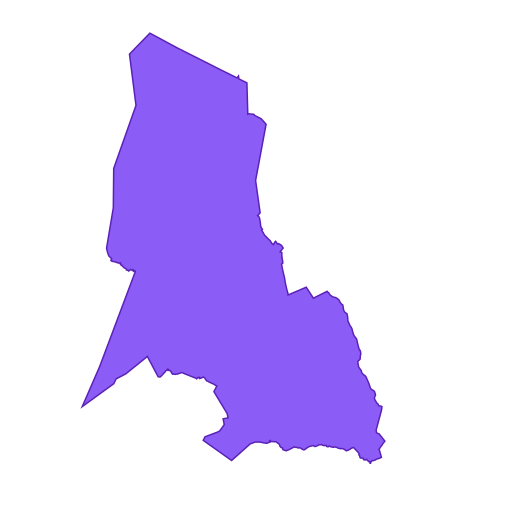 outline of Bergeijk, Noord-Brabant, Netherlands, rotated 98°
{"feature_id": "6326949B35085344325863", "entity_name": "Bergeijk", "entity_type": "district", "adm_level": 2, "iso_a3": "NLD", "parent_name": "Netherlands", "parent_adm1": "Noord-Brabant", "projection": "equal_earth", "projection_center": [5.381, 51.323], "detail": "fine", "context": "isolated", "style": "filled", "palette": "violet", "viewbox_px": 512, "rotation_deg": 98, "n_neighbors": 0, "source": "geoboundaries", "source_scale": "gbopen_adm2", "svg_char_len": 5982}
<svg xmlns="http://www.w3.org/2000/svg" viewBox="0 0 512 512"><g transform="rotate(98 256 256)"><path d="M124.3,264.3L123.5,265.1L119.5,269.8L116.9,277.1L116.1,277.7L116.0,277.8L116.2,283.3L116.3,283.7L116.5,283.9L85.8,289.1L83.0,297.6L80.2,298.4L82.3,299.5L77.0,315.5L60.7,363.5L50.1,392.1L73.7,409.4L123.6,395.8L189.1,409.1L228.2,404.0L269.0,405.1L272.2,403.9L276.2,401.9L276.6,401.5L278.8,398.5L280.5,399.1L281.0,398.6L281.2,398.1L281.1,397.6L281.4,396.9L281.4,396.5L281.3,396.3L281.4,396.0L281.3,395.7L281.3,395.1L281.3,394.6L281.4,394.2L281.6,394.1L281.8,393.0L281.9,392.7L282.0,392.0L282.1,391.4L281.9,391.2L282.0,390.9L281.9,390.7L281.8,389.0L282.0,389.0L282.4,389.2L282.7,389.4L282.8,389.3L282.7,389.1L283.1,388.9L284.1,388.0L284.1,387.9L283.8,387.9L283.8,387.7L284.0,387.7L284.2,387.3L284.9,386.3L285.8,385.4L286.2,384.4L286.5,383.6L287.1,382.4L287.4,382.2L287.8,382.3L287.8,382.2L287.7,382.0L288.1,381.3L288.0,381.0L288.0,380.6L288.5,380.0L288.2,379.9L288.1,379.6L287.9,379.2L287.3,378.8L286.9,378.4L287.1,378.3L286.9,377.9L287.4,376.5L287.2,376.5L287.1,376.4L287.4,376.1L287.3,375.7L287.0,375.7L286.9,375.8L286.8,375.7L287.2,375.3L287.4,375.3L287.3,375.1L287.9,375.0L287.6,374.7L287.9,374.2L287.7,373.8L287.9,373.7L288.1,373.3L387.1,395.4L429.3,407.1L402.3,379.1L396.9,377.3L396.6,376.6L390.8,368.5L370.6,349.6L389.2,336.1L389.2,334.2L388.7,333.6L383.0,329.6L382.5,329.5L380.3,327.7L380.4,327.0L380.6,327.0L381.3,327.1L381.1,326.6L381.6,326.0L381.6,325.9L381.4,325.7L381.8,324.4L382.0,324.1L382.8,323.8L383.7,323.3L383.8,322.9L384.5,322.3L384.6,321.9L384.4,321.7L384.5,319.6L384.4,319.3L384.1,318.9L384.0,318.6L384.0,317.6L383.3,316.4L382.6,314.9L381.8,313.5L381.7,313.2L382.5,310.4L383.4,306.8L383.4,306.3L383.8,305.2L385.5,298.0L385.6,297.8L385.8,297.6L384.4,296.7L384.0,295.0L384.3,294.8L385.0,295.1L385.2,294.9L385.0,294.4L384.7,293.8L384.5,293.3L384.3,293.1L384.2,292.7L383.4,291.8L383.3,291.2L383.3,290.8L383.8,290.0L386.0,288.0L386.7,287.1L386.7,286.8L386.7,286.3L387.3,285.0L387.9,282.9L388.2,282.3L388.5,280.8L389.1,279.4L389.4,278.8L389.8,277.5L390.0,277.3L390.2,276.7L396.2,278.8L416.1,262.6L420.2,261.2L421.8,265.9L427.4,264.0L434.1,267.5L435.5,269.2L442.1,281.3L445.9,282.6L461.9,251.7L442.9,235.6L440.4,231.0L439.7,226.5L439.9,223.5L440.0,219.3L438.2,216.1L437.8,216.5L437.3,216.8L437.0,216.8L436.7,216.4L437.3,216.1L437.6,215.8L437.4,212.6L437.3,211.5L437.2,211.2L437.1,210.8L437.4,209.9L439.3,206.6L439.6,206.4L441.0,205.9L442.0,204.7L442.3,204.0L442.3,203.3L442.5,202.9L442.8,202.8L443.6,202.6L444.0,202.4L444.2,201.8L444.2,201.4L444.6,199.8L444.6,199.3L444.6,198.8L443.3,196.6L441.3,193.7L439.7,191.6L439.7,191.4L440.0,190.7L440.0,190.1L439.8,189.5L439.8,189.3L440.1,188.2L440.2,187.2L440.1,186.8L439.7,186.1L441.2,182.5L441.3,182.0L441.3,181.5L440.9,180.8L439.3,179.1L438.4,178.3L437.5,177.1L436.1,173.9L435.8,173.1L435.8,172.8L436.5,171.3L436.5,171.1L436.2,170.6L436.0,169.9L434.6,167.7L434.1,166.9L433.8,166.1L433.9,165.7L433.8,164.3L434.2,163.5L434.3,162.6L434.2,162.0L434.1,161.1L433.9,160.6L433.8,160.3L434.0,159.9L434.8,159.4L434.9,158.1L434.7,157.7L434.1,157.3L433.9,157.0L433.9,156.8L434.0,156.5L434.4,156.0L434.5,155.7L434.5,154.8L434.7,153.5L434.6,152.7L434.2,151.5L434.1,149.7L434.5,149.0L434.9,147.6L434.9,146.7L435.1,145.3L434.7,144.6L434.8,142.7L435.0,142.3L435.2,141.5L435.6,141.0L435.9,140.4L436.2,139.5L436.3,139.1L434.7,136.6L434.2,135.9L433.5,135.3L432.9,134.4L432.3,133.3L432.1,132.8L432.4,132.3L434.1,130.2L434.8,129.3L435.8,128.0L436.6,127.3L437.0,126.6L437.7,126.3L438.6,126.5L439.2,125.7L440.1,125.3L440.7,125.2L441.3,124.6L441.5,124.1L441.3,123.0L441.3,122.0L441.5,121.6L441.8,121.4L442.5,121.3L442.6,121.2L442.8,120.6L442.8,119.5L442.6,119.1L442.0,118.5L441.9,118.3L441.9,118.2L442.0,118.0L442.4,117.8L442.8,117.4L444.0,115.6L444.0,115.4L443.8,115.0L443.8,114.4L444.9,114.4L445.4,114.2L445.4,113.9L445.0,113.6L443.9,113.5L443.3,113.2L442.6,112.6L442.4,111.5L442.2,111.1L441.5,109.7L440.9,109.0L440.4,108.4L440.1,107.8L439.8,106.8L439.1,105.8L439.1,105.5L437.9,103.8L431.0,106.8L430.4,107.3L427.0,105.7L425.8,104.9L424.6,104.5L421.4,102.6L415.1,109.2L414.5,111.4L414.2,112.1L411.6,112.8L395.7,110.8L391.3,110.3L389.6,110.2L389.4,110.4L389.1,110.4L387.9,110.2L387.5,110.7L387.3,111.1L387.2,113.3L387.1,113.7L385.6,114.6L385.3,115.0L384.6,116.1L384.2,116.4L384.0,116.5L381.6,118.4L380.8,118.8L380.4,118.9L379.3,118.9L378.2,118.6L377.4,118.4L376.9,118.3L376.2,118.6L373.9,119.7L373.4,120.2L373.0,120.8L371.9,123.3L371.1,124.2L370.3,124.6L366.6,126.4L360.3,130.3L359.8,130.7L359.6,131.0L358.0,133.8L357.6,134.3L356.8,135.0L354.7,135.9L352.0,138.6L351.6,138.9L347.3,140.3L346.5,140.5L346.0,140.3L343.9,138.7L343.4,138.5L341.2,138.8L338.4,138.6L336.4,139.1L334.9,139.8L334.3,140.7L333.7,141.0L332.5,141.5L329.6,142.8L325.0,144.5L324.1,144.9L321.4,147.7L318.8,149.2L314.6,150.9L313.3,151.8L311.9,153.2L307.3,156.0L306.7,156.2L305.6,156.3L302.9,157.0L300.6,157.8L300.4,158.1L299.8,159.3L299.1,160.5L298.7,160.8L297.6,161.5L297.0,161.8L292.5,163.2L292.3,163.4L291.7,164.6L291.4,165.0L289.7,166.6L288.4,167.3L288.1,167.6L287.1,169.1L286.2,171.0L286.0,171.9L286.0,173.1L285.7,174.3L285.4,175.1L284.2,177.2L283.7,177.8L282.3,178.8L282.0,179.3L281.9,180.0L281.7,180.3L281.1,180.7L288.1,190.9L289.8,193.3L279.9,201.9L290.1,218.8L288.3,219.3L285.7,220.5L279.2,223.0L277.7,223.5L274.5,224.4L265.2,228.0L260.5,229.6L259.2,228.4L253.1,230.2L253.2,230.3L249.0,230.9L248.5,232.7L244.3,230.2L242.2,232.0L241.4,233.2L241.3,233.3L241.3,233.7L241.2,234.0L240.6,235.2L241.1,236.0L240.9,236.7L240.3,237.1L238.7,238.6L239.6,239.3L241.1,240.0L242.3,240.4L242.3,240.6L242.1,240.9L241.6,241.8L240.5,242.8L239.8,243.3L238.6,244.4L237.7,245.8L235.6,248.5L234.2,250.4L233.7,250.8L231.8,252.2L229.8,254.0L228.8,253.3L226.5,255.3L226.4,255.2L224.7,255.8L222.5,256.3L221.4,256.7L220.9,256.8L219.0,257.4L217.6,258.0L216.6,258.7L216.3,259.0L215.8,260.0L212.7,257.9L181.3,266.9L125.3,264.4L124.3,264.3Z" fill="#8b5cf6" stroke="#5b21b6" stroke-width="1.5"/></g></svg>